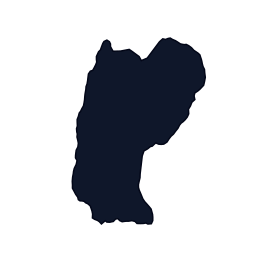 the district of Santa Bárbara, Bahia, Brazil, rotated 201°
{"feature_id": "56859067B70758123522346", "entity_name": "Santa Bárbara", "entity_type": "district", "adm_level": 2, "iso_a3": "BRA", "parent_name": "Brazil", "parent_adm1": "Bahia", "projection": "natural_earth1", "projection_center": [-38.986, -11.933], "detail": "fine", "context": "isolated", "style": "filled", "palette": "ink", "viewbox_px": 256, "rotation_deg": 201, "n_neighbors": 0, "source": "geoboundaries", "source_scale": "gbopen_adm2", "svg_char_len": 2155}
<svg xmlns="http://www.w3.org/2000/svg" viewBox="0 0 256 256"><g transform="rotate(201 128 128)"><path d="M179.2,202.5L181.4,200.2L181.8,198.0L181.8,194.2L181.7,191.0L182.8,188.6L183.1,183.4L182.0,180.6L180.8,178.3L180.8,175.4L181.2,171.7L181.6,169.1L183.5,167.6L184.3,164.3L183.6,161.4L182.7,157.9L182.0,154.5L182.0,151.6L181.2,149.1L180.3,144.5L179.5,141.5L178.7,138.9L178.0,135.7L177.5,132.7L178.0,129.5L178.2,126.8L178.9,124.5L178.5,121.2L178.5,117.7L177.5,115.2L176.0,111.7L175.8,108.9L174.4,106.0L173.2,104.3L172.4,101.3L170.5,98.6L168.9,96.0L168.0,92.3L168.4,88.7L167.7,85.8L167.1,83.5L166.3,81.3L163.9,79.4L163.3,75.4L163.7,71.1L163.3,68.0L162.7,65.7L162.1,62.3L160.9,58.2L159.4,54.9L158.3,51.9L155.5,49.5L153.0,47.3L150.1,45.4L148.7,43.3L146.8,42.8L144.7,43.5L142.6,43.8L140.8,43.0L138.5,42.9L135.4,41.8L133.5,39.6L132.0,37.8L130.2,35.0L129.0,31.3L126.4,30.8L123.4,30.8L121.2,30.3L118.4,28.9L116.0,33.3L114.1,32.6L111.3,33.5L108.2,35.5L107.0,38.5L105.0,39.8L102.6,38.6L99.9,38.4L97.8,39.6L96.0,40.5L93.9,41.3L91.2,42.9L88.0,43.3L85.4,42.1L82.0,43.3L79.2,44.5L77.3,45.7L75.0,45.5L71.9,47.0L71.7,50.4L72.9,53.6L74.1,56.1L75.7,58.3L77.4,60.6L80.0,62.1L83.2,63.8L86.0,65.2L88.8,67.2L91.7,70.3L93.7,72.4L95.2,73.9L96.9,76.2L98.0,78.9L98.5,82.1L99.0,85.9L100.2,89.4L104.7,107.0L104.9,112.3L102.2,115.6L100.5,118.6L98.8,119.8L97.9,121.8L96.8,124.0L93.6,123.9L91.2,124.6L88.8,125.8L86.6,128.8L85.7,133.0L84.8,135.9L83.4,138.5L82.4,142.2L81.3,145.6L80.9,149.3L80.1,151.7L78.8,153.7L77.6,156.3L76.6,159.5L76.4,163.0L78.3,167.2L77.6,171.0L77.6,174.9L75.8,178.5L77.8,181.6L78.2,184.6L76.0,187.7L74.8,189.9L73.8,192.3L72.7,195.0L73.2,198.7L74.0,203.0L76.2,207.1L77.6,210.1L80.0,212.3L81.7,214.6L82.8,216.4L84.1,218.3L85.6,220.1L87.1,222.0L89.2,222.9L91.7,223.5L94.4,224.1L97.5,225.7L100.8,226.6L103.6,226.9L105.3,226.0L107.3,225.6L109.3,225.3L111.4,225.8L114.9,226.5L118.2,226.6L120.8,227.1L122.6,226.0L124.7,224.1L127.5,223.7L129.5,219.8L135.1,200.1L139.7,195.7L143.3,198.7L148.5,200.1L150.6,200.7L155.0,201.8L162.6,197.1L169.4,194.3L171.2,195.7L173.5,197.7L174.5,200.2L176.3,201.9L179.2,202.5Z" fill="#0f172a" stroke="#020617" stroke-width="1.5"/></g></svg>